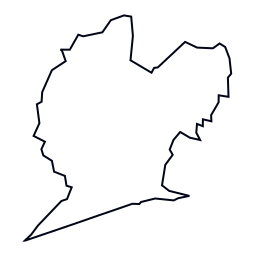 outline of Lincoln, West Virginia, United States of America
{"feature_id": "52423323B93736628655391", "entity_name": "Lincoln", "entity_type": "district", "adm_level": 2, "iso_a3": "USA", "parent_name": "United States of America", "parent_adm1": "West Virginia", "projection": "orthographic", "projection_center": [-82.056, 38.16], "detail": "fine", "context": "isolated", "style": "outline", "palette": "ink", "viewbox_px": 256, "rotation_deg": 0, "n_neighbors": 0, "source": "geoboundaries", "source_scale": "gbopen_adm2", "svg_char_len": 923}
<svg xmlns="http://www.w3.org/2000/svg" viewBox="0 0 256 256"><path d="M24.8,240.6L25.1,240.6L72.4,224.5L98.3,215.5L132.3,203.8L139.3,204.0L141.0,202.0L155.2,198.5L173.7,200.4L178.2,198.2L189.4,195.9L169.2,190.9L162.0,185.3L165.3,164.8L172.7,154.8L169.7,149.6L173.5,139.9L180.2,132.0L189.9,137.7L200.1,140.0L196.3,132.7L197.0,123.9L202.8,126.2L202.9,119.3L211.4,121.3L211.1,115.2L218.6,102.3L218.7,95.3L228.5,96.8L227.9,77.6L231.2,73.7L229.5,58.4L225.2,47.0L219.6,43.5L212.9,48.3L197.1,47.6L185.1,41.9L157.8,67.4L154.1,67.9L151.5,72.7L130.5,60.3L132.9,35.9L131.2,16.6L124.0,15.4L110.8,20.2L102.4,32.3L83.2,36.3L78.3,34.7L69.8,49.7L60.4,49.6L61.9,50.4L65.7,61.1L51.9,70.2L42.2,92.1L41.6,101.7L36.9,104.3L39.4,123.2L33.6,135.9L44.9,141.7L41.4,149.2L43.3,155.4L51.9,160.8L54.1,171.7L64.9,175.9L66.5,185.7L71.7,187.3L67.0,199.1L61.4,201.0L38.0,225.5L31.2,234.6L24.8,240.6Z" fill="none" stroke="#020617" stroke-width="2"/></svg>